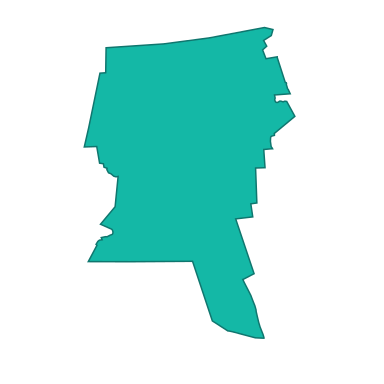 Dochia, Neamt, Romania, rotated 172°
{"feature_id": "2599482B13040618624692", "entity_name": "Dochia", "entity_type": "district", "adm_level": 2, "iso_a3": "ROU", "parent_name": "Romania", "parent_adm1": "Neamt", "projection": "orthographic", "projection_center": [26.567, 46.923], "detail": "fine", "context": "isolated", "style": "filled", "palette": "teal", "viewbox_px": 384, "rotation_deg": 172, "n_neighbors": 0, "source": "geoboundaries", "source_scale": "gbopen_adm2", "svg_char_len": 1681}
<svg xmlns="http://www.w3.org/2000/svg" viewBox="0 0 384 384"><g transform="rotate(172 192 192)"><path d="M88.8,314.0L100.2,313.7L102.3,322.9L102.0,323.1L97.7,326.0L100.0,332.1L91.7,335.9L89.2,341.6L97.3,344.8L153.7,342.2L199.6,342.6L257.0,346.8L260.7,323.1L260.9,322.1L266.6,322.5L285.3,270.2L292.4,251.6L280.0,250.3L279.5,233.4L275.8,232.3L275.7,228.8L272.8,227.3L273.2,226.0L272.5,224.0L272.0,222.6L270.0,221.5L269.3,220.9L268.2,219.6L267.2,218.5L265.1,217.6L263.0,217.7L270.2,188.1L287.1,172.8L277.0,166.5L276.4,166.0L276.1,165.2L275.8,163.5L276.1,162.2L276.7,161.2L279.5,160.5L282.3,159.5L283.8,159.8L288.2,159.5L287.6,157.2L290.4,157.2L292.1,156.2L294.3,153.5L293.5,152.5L304.4,137.5L263.2,131.6L201.1,123.3L189.8,61.5L175.8,49.4L174.7,49.2L171.4,48.0L155.8,41.4L149.6,38.8L141.1,37.2L141.0,37.3L141.0,37.5L141.2,39.2L141.5,41.1L142.3,44.4L143.4,49.0L144.1,53.6L144.7,60.0L145.1,64.8L145.0,66.4L145.6,70.7L146.5,74.3L147.6,79.0L148.1,81.3L149.7,86.0L150.5,88.3L152.0,92.6L153.0,95.5L153.8,98.3L153.6,98.3L141.9,102.5L152.5,159.3L135.3,158.9L135.4,172.1L129.3,172.1L125.7,206.9L118.2,206.1L116.3,205.9L115.2,221.8L115.0,224.1L108.4,223.8L106.2,223.6L106.5,224.4L107.3,225.9L107.3,231.2L107.1,232.3L106.6,234.9L106.0,236.0L104.9,236.3L103.4,236.5L102.5,236.6L102.3,238.2L102.4,238.5L79.6,252.6L85.6,268.5L86.2,268.6L87.2,269.0L88.2,268.9L88.8,268.7L89.3,268.6L89.9,268.9L90.8,269.4L92.2,269.8L92.8,269.7L94.0,269.0L95.1,268.8L96.3,269.1L96.8,269.9L97.2,271.1L97.2,272.1L96.6,273.4L96.8,276.6L81.1,275.6L82.4,280.0L83.1,281.2L83.1,282.1L83.6,285.2L83.3,286.5L83.4,287.0L83.9,287.4L84.4,287.5L88.9,313.4L88.8,314.0Z" fill="#14b8a6" stroke="#0f766e" stroke-width="1.5"/></g></svg>